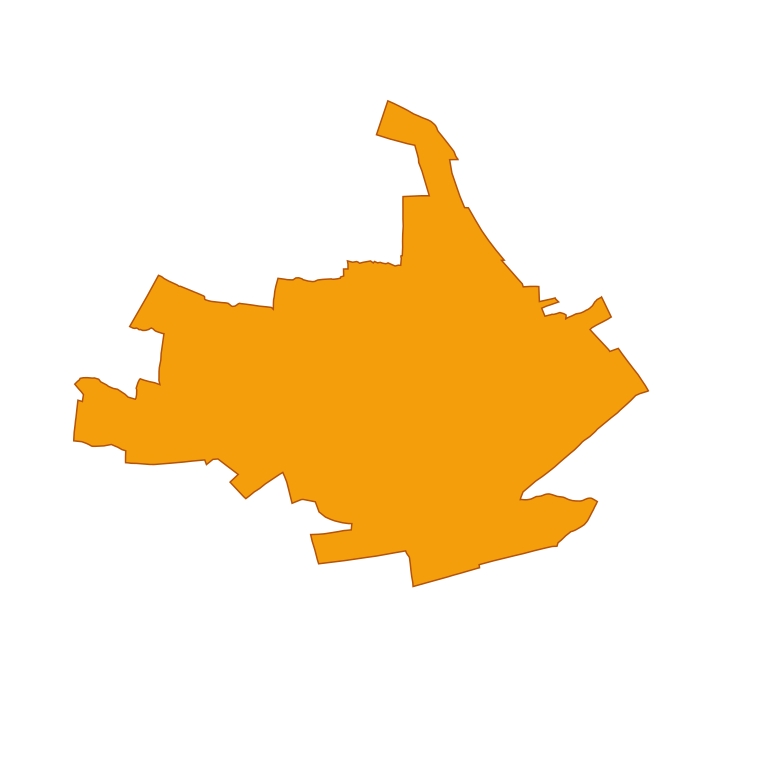 outline of Costesti, Iasi, Romania, rotated 308°
{"feature_id": "2599482B63280178112896", "entity_name": "Costesti", "entity_type": "district", "adm_level": 2, "iso_a3": "ROU", "parent_name": "Romania", "parent_adm1": "Iasi", "projection": "orthographic", "projection_center": [26.927, 47.235], "detail": "fine", "context": "isolated", "style": "filled", "palette": "amber", "viewbox_px": 768, "rotation_deg": 308, "n_neighbors": 0, "source": "geoboundaries", "source_scale": "gbopen_adm2", "svg_char_len": 5943}
<svg xmlns="http://www.w3.org/2000/svg" viewBox="0 0 768 768"><g transform="rotate(308 384 384)"><path d="M616.5,271.0L617.2,269.4L618.2,268.1L618.7,266.9L619.3,265.6L619.6,263.9L619.8,260.0L619.7,258.6L619.2,256.0L617.4,250.1L616.5,246.3L615.0,240.9L614.2,234.6L613.5,230.7L611.2,219.5L610.5,216.7L609.5,212.7L575.8,224.6L581.0,238.5L585.2,248.3L587.7,254.3L591.1,261.3L585.6,268.8L582.9,272.3L579.9,275.0L575.2,282.8L560.2,303.8L555.2,297.4L553.5,295.4L545.2,285.7L543.4,283.6L541.5,285.0L533.6,291.2L525.4,297.6L520.3,301.9L513.2,306.8L508.0,310.7L503.4,314.4L496.4,319.4L496.0,318.9L495.3,318.5L494.4,319.3L493.6,320.3L487.8,324.1L486.4,322.1L483.8,320.1L481.9,312.6L480.8,312.1L479.7,311.1L478.4,308.6L477.5,306.1L475.5,304.3L474.7,301.1L472.8,301.0L472.7,297.7L466.9,292.5L464.1,290.4L464.1,288.5L463.6,287.0L460.7,284.4L458.5,279.4L456.3,281.8L452.5,284.8L449.7,281.3L444.3,285.7L441.6,283.9L440.5,284.4L438.2,282.5L435.6,279.9L434.6,278.5L434.4,277.8L428.7,271.3L425.2,267.8L423.6,266.9L422.4,266.4L420.8,264.8L418.5,261.0L416.4,256.1L416.4,254.6L415.8,253.0L415.2,251.4L413.3,249.2L410.1,248.2L409.2,247.1L406.7,243.6L405.3,241.0L402.0,235.4L394.4,238.6L389.6,241.0L385.3,243.7L382.3,245.2L380.3,246.6L374.7,250.8L374.7,250.3L375.0,249.3L375.0,248.3L374.7,247.6L372.1,243.3L368.6,237.8L365.3,231.9L361.8,225.9L359.4,222.0L358.7,220.6L357.5,219.8L355.9,219.4L353.8,218.7L352.9,217.9L351.9,216.9L351.5,215.8L351.6,213.6L351.6,211.5L350.6,209.5L348.0,205.6L342.8,197.1L341.6,194.5L340.4,191.3L340.5,190.5L340.7,190.2L342.2,189.0L342.4,188.5L342.3,187.5L341.6,184.7L335.7,163.5L334.8,162.2L334.7,159.9L332.6,151.2L331.7,145.8L331.7,143.0L331.5,141.8L330.8,139.4L307.2,143.3L272.7,148.2L273.5,151.8L274.5,153.6L275.4,154.1L275.8,154.8L276.1,156.3L276.0,157.5L276.6,158.3L276.9,158.4L277.6,160.8L278.6,162.1L279.7,163.3L282.1,165.0L284.2,165.8L284.9,166.2L285.3,168.3L285.0,170.2L285.1,171.4L285.6,173.2L286.5,175.7L287.6,178.7L288.2,179.6L273.5,188.1L271.0,189.5L265.6,193.3L258.7,196.8L255.4,199.0L250.6,202.7L248.3,204.4L245.5,207.8L243.8,202.5L241.4,197.6L239.2,192.3L238.0,188.7L236.7,188.6L233.8,189.2L228.1,191.3L227.2,192.7L223.1,195.7L220.2,197.2L218.9,197.4L216.1,190.4L216.5,186.2L215.8,177.3L213.8,173.3L212.5,168.4L212.5,166.0L211.3,159.5L212.1,156.2L210.5,152.1L209.2,150.7L206.4,146.4L203.8,143.2L201.4,141.1L199.7,141.4L197.5,140.9L193.5,140.4L192.2,146.3L191.6,149.9L190.6,153.7L184.5,157.1L182.8,152.8L173.3,158.6L167.7,162.1L165.0,163.6L161.9,165.6L155.2,169.6L148.2,174.5L152.5,181.4L154.0,186.1L154.7,189.3L155.0,191.6L155.5,192.7L157.1,194.8L162.8,201.4L168.5,206.4L169.5,210.3L170.3,213.1L171.0,218.0L172.4,221.6L167.7,225.0L163.7,228.1L162.9,228.8L164.3,230.9L165.9,233.6L169.3,238.2L172.4,242.9L176.5,249.1L179.1,252.5L183.8,257.6L188.3,262.5L192.0,266.5L199.4,274.4L205.0,280.1L209.5,284.9L213.8,289.5L212.8,291.1L211.2,293.7L219.3,295.6L222.7,299.3L222.7,299.7L222.8,310.8L223.0,324.8L221.0,324.5L211.9,323.1L208.8,342.9L208.6,345.7L212.9,346.8L219.2,348.2L222.7,349.5L223.9,349.8L224.6,350.2L232.3,352.0L240.2,354.6L248.4,357.3L252.0,358.7L249.8,362.8L246.9,367.7L243.2,372.5L233.4,385.0L241.9,389.9L243.2,391.2L248.9,402.4L243.2,411.6L243.1,419.7L244.4,425.1L245.8,429.4L249.1,436.7L252.2,442.0L254.2,444.6L248.9,448.0L245.9,444.9L243.9,442.7L239.6,438.9L234.2,433.9L229.1,429.1L225.0,424.6L220.2,418.9L215.9,424.2L210.6,431.8L204.5,439.7L202.1,443.2L207.5,448.6L221.0,462.1L236.7,477.1L243.6,483.8L258.0,496.7L265.8,503.8L265.2,504.7L264.6,505.9L264.0,507.5L263.4,509.8L263.1,510.5L262.7,511.1L258.6,515.3L253.6,520.1L249.5,524.2L247.1,526.9L245.2,529.0L242.3,531.6L252.9,539.4L258.3,543.4L265.6,548.8L271.7,553.3L276.0,556.3L281.5,560.4L289.8,566.4L296.6,571.3L298.0,572.4L300.2,570.2L312.3,579.3L321.4,586.5L328.9,592.4L336.0,598.1L345.5,605.3L354.2,612.2L357.5,614.9L359.3,616.4L360.9,618.1L362.0,619.5L362.8,620.2L364.3,619.5L366.1,618.9L370.2,619.8L376.2,620.6L380.7,621.7L382.6,622.1L383.8,623.0L385.2,623.9L387.1,624.9L393.1,627.3L396.5,628.4L400.4,628.6L402.7,628.4L407.2,627.6L411.3,626.8L413.8,626.4L416.7,625.7L419.7,625.2L422.7,624.5L422.4,622.1L421.9,618.6L421.5,617.4L420.4,616.0L419.2,614.9L416.5,613.3L415.0,612.6L413.6,611.6L412.6,610.7L409.9,607.1L408.1,604.2L406.7,600.9L406.3,599.4L405.6,596.3L405.1,594.8L402.1,589.7L400.3,584.6L399.2,582.1L398.3,580.9L397.0,579.6L395.6,578.6L394.3,577.9L392.4,576.7L390.6,575.0L389.1,573.3L387.7,572.6L384.1,570.8L382.6,569.6L380.8,567.9L379.2,565.9L377.6,563.4L376.8,562.6L378.6,561.8L384.6,560.0L390.8,561.3L395.8,562.3L400.9,563.3L408.5,565.7L414.6,567.3L424.1,569.6L429.9,570.6L435.5,571.7L443.9,573.4L449.2,574.6L456.5,575.6L460.4,575.9L462.6,576.4L469.3,578.5L474.5,579.4L477.2,579.8L479.6,579.9L487.3,581.6L492.7,582.8L497.0,583.7L505.0,585.7L508.9,586.2L513.3,587.0L522.7,588.6L529.9,589.4L533.9,591.5L540.8,596.3L541.4,596.5L543.6,591.0L545.6,584.9L547.8,578.3L549.3,572.1L551.7,562.8L554.4,552.9L556.3,546.7L548.7,541.9L549.4,539.7L550.6,532.0L552.6,519.4L553.7,512.8L556.3,513.2L561.1,515.1L572.5,520.3L576.2,521.6L576.7,521.8L584.7,505.6L586.5,501.9L586.3,501.9L582.8,500.4L581.6,499.9L580.4,499.9L578.4,499.6L574.1,500.1L570.5,499.5L568.2,498.8L566.8,498.0L566.2,497.7L564.7,497.2L562.5,496.1L561.1,495.3L560.1,494.5L559.5,493.9L557.4,492.1L553.1,490.0L551.4,489.0L549.3,487.9L547.2,487.1L547.7,486.7L548.7,486.3L549.8,485.6L550.5,484.8L550.1,482.3L548.6,478.6L545.6,476.6L543.4,474.9L542.3,473.4L541.0,472.6L539.6,471.4L536.5,469.1L540.8,461.6L545.3,464.0L549.0,466.5L556.2,471.1L556.6,467.1L557.2,465.9L555.0,464.3L544.6,455.7L556.1,446.0L554.2,443.3L550.7,438.9L546.3,433.9L548.1,431.2L549.2,424.9L553.8,400.5L555.6,402.5L558.5,389.4L561.4,378.3L564.8,367.2L565.8,364.5L569.4,355.2L574.8,342.0L572.6,338.9L578.6,328.3L583.0,321.5L592.0,307.7L601.2,297.6L606.4,304.1L606.8,303.5L607.1,301.9L607.8,300.1L609.7,297.0L610.4,295.6L613.0,285.6L614.9,277.8L616.0,272.9L616.5,271.0Z" fill="#f59e0b" stroke="#b45309" stroke-width="1.5"/></g></svg>